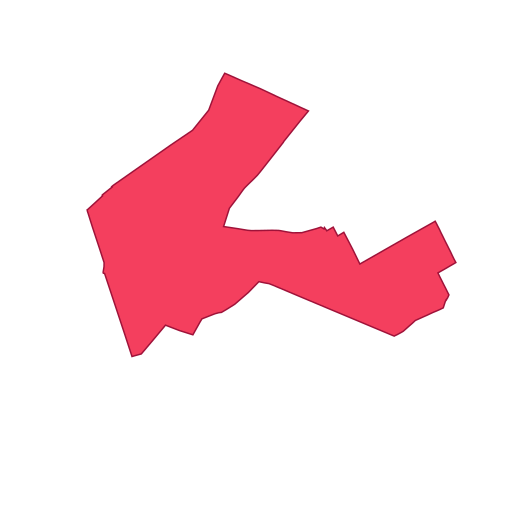 the district of Curtici, Arad, Romania, rotated 140°
{"feature_id": "2599482B1459479635859", "entity_name": "Curtici", "entity_type": "district", "adm_level": 2, "iso_a3": "ROU", "parent_name": "Romania", "parent_adm1": "Arad", "projection": "natural_earth1", "projection_center": [21.262, 46.352], "detail": "fine", "context": "isolated", "style": "filled", "palette": "rose", "viewbox_px": 512, "rotation_deg": 140, "n_neighbors": 0, "source": "geoboundaries", "source_scale": "gbopen_adm2", "svg_char_len": 2007}
<svg xmlns="http://www.w3.org/2000/svg" viewBox="0 0 512 512"><g transform="rotate(140 256 256)"><path d="M355.7,399.9L356.5,398.4L357.1,396.8L360.1,389.6L362.9,382.8L371.5,361.2L376.6,348.6L379.4,345.4L382.2,343.0L383.6,341.8L384.0,340.9L383.2,340.0L387.2,329.9L406.3,281.8L415.6,258.7L413.3,257.7L406.8,254.7L387.1,258.1L371.9,260.8L369.8,261.2L362.5,248.0L355.0,236.2L341.6,241.3L337.8,242.6L324.7,238.2L321.0,236.5L318.7,235.0L313.3,234.1L303.2,232.7L285.1,233.0L270.3,234.5L266.7,229.9L263.8,226.5L262.0,223.2L249.2,198.2L232.9,166.5L204.0,110.4L202.7,107.9L201.6,105.8L201.0,105.7L198.3,105.0L194.9,104.3L192.8,103.9L191.5,103.7L187.7,103.8L184.0,103.9L179.2,104.0L175.5,104.2L175.0,104.1L171.5,103.1L167.9,102.1L165.1,101.3L163.1,100.7L160.4,100.0L156.7,99.0L152.9,97.8L149.1,96.7L145.9,95.9L142.9,97.8L140.0,99.6L138.3,100.0L138.4,100.3L136.3,100.7L133.2,102.2L132.4,105.6L131.4,109.7L130.5,113.7L129.5,117.9L128.5,122.2L127.5,126.1L124.1,125.5L120.9,124.9L117.5,124.3L113.9,123.7L110.6,123.1L107.1,122.5L106.3,126.4L105.3,130.4L104.2,134.5L103.4,138.0L102.6,141.3L101.8,144.8L101.0,148.1L100.1,151.7L99.3,155.1L98.4,158.4L97.6,162.0L96.8,165.4L96.4,167.5L97.9,167.7L128.1,173.4L181.6,183.1L177.6,199.1L173.5,217.7L180.5,218.8L178.3,228.5L185.6,229.8L185.5,230.7L185.4,231.4L185.3,233.8L186.5,233.0L187.7,236.4L192.0,238.1L205.9,244.4L206.2,244.6L206.4,244.8L211.8,249.2L213.0,250.2L217.0,254.8L221.1,259.8L222.4,261.2L227.2,265.4L238.0,274.1L243.3,278.5L246.0,281.2L252.7,289.0L261.9,299.4L246.3,309.3L245.6,309.7L234.5,312.2L231.0,313.0L224.9,314.6L221.4,315.4L219.6,315.6L216.2,315.9L208.0,316.5L202.9,317.0L197.6,318.0L176.6,322.4L162.0,325.5L161.1,325.9L136.2,330.9L122.6,333.4L126.6,341.8L137.6,365.0L143.9,378.7L145.2,381.5L154.5,399.9L161.0,413.2L162.5,416.1L167.5,414.2L175.9,410.9L198.5,398.1L223.8,393.1L250.1,395.8L315.2,401.5L319.9,401.9L321.9,401.9L321.8,401.3L334.5,401.6L334.8,401.4L334.9,400.7L355.4,399.8L355.7,399.9Z" fill="#f43f5e" stroke="#9f1239" stroke-width="1.5"/></g></svg>